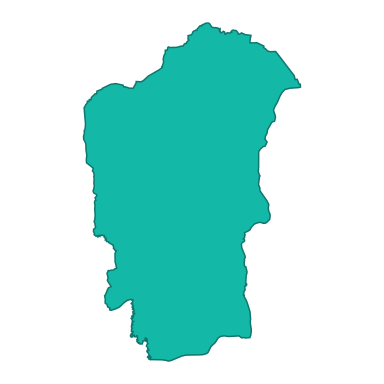 outline of Chok Chai, Nakhon Ratchasima, Thailand
{"feature_id": "78962969B33343210665646", "entity_name": "Chok Chai", "entity_type": "district", "adm_level": 2, "iso_a3": "THA", "parent_name": "Thailand", "parent_adm1": "Nakhon Ratchasima", "projection": "mercator", "projection_center": [102.192, 14.755], "detail": "fine", "context": "isolated", "style": "filled", "palette": "teal", "viewbox_px": 384, "rotation_deg": 0, "n_neighbors": 0, "source": "geoboundaries", "source_scale": "gbopen_adm2", "svg_char_len": 5936}
<svg xmlns="http://www.w3.org/2000/svg" viewBox="0 0 384 384"><path d="M294.2,75.7L275.7,51.5L270.6,51.7L268.7,51.4L267.0,50.5L265.4,48.7L263.6,47.6L263.9,46.1L257.3,42.9L256.3,42.7L254.3,42.9L249.9,42.8L250.1,39.7L251.0,35.4L244.8,34.6L244.2,34.0L243.1,33.8L241.7,32.9L238.9,34.3L237.9,33.7L237.9,32.5L236.1,30.6L233.0,30.1L232.0,30.5L231.8,31.1L231.5,31.2L231.6,32.1L231.0,31.8L230.5,32.9L229.8,33.1L227.3,32.7L226.1,33.9L225.4,34.2L224.7,33.8L224.9,32.6L224.6,32.0L223.3,31.3L222.5,32.1L221.4,32.6L220.4,32.5L220.3,31.6L219.9,31.4L220.1,30.9L219.7,30.6L219.9,29.4L220.2,29.2L220.1,28.8L219.4,29.5L219.5,28.8L218.6,28.3L215.8,27.6L212.6,27.6L211.3,26.4L209.5,23.6L208.2,23.0L205.3,23.3L204.0,24.3L202.3,24.6L201.5,26.0L200.4,25.7L199.3,26.4L198.4,27.9L197.5,28.5L196.9,30.2L195.9,30.0L195.2,30.6L193.5,31.2L192.9,31.9L192.3,33.6L191.2,34.9L188.1,35.6L188.2,37.6L187.9,38.9L188.8,40.1L186.7,42.2L186.5,43.4L184.9,43.6L184.1,44.3L183.3,45.9L179.8,46.4L178.6,47.0L175.5,47.4L169.7,47.5L168.6,47.0L168.4,47.4L167.8,47.4L167.4,50.1L165.3,50.2L165.2,53.7L164.1,55.1L163.2,59.0L163.6,62.4L162.3,66.1L161.8,66.6L162.3,67.4L159.1,69.8L148.4,76.0L143.6,80.4L141.2,81.8L136.2,81.5L136.1,83.0L133.1,88.3L128.7,88.1L127.8,87.5L125.2,87.1L125.0,86.7L123.8,86.8L123.4,86.5L123.1,85.2L115.8,83.6L110.7,84.3L102.2,88.4L102.1,89.2L97.0,91.1L96.5,93.9L95.1,93.8L91.3,97.5L91.2,99.8L89.3,99.5L88.9,101.5L87.4,101.2L87.3,102.5L86.7,103.7L85.7,104.7L85.3,105.9L84.1,107.7L85.5,124.0L85.2,127.8L84.8,130.1L84.2,130.6L84.4,133.0L83.5,136.6L83.8,139.7L85.0,141.6L85.9,144.3L86.0,150.0L86.8,155.1L86.3,159.7L86.5,162.8L93.3,168.2L92.4,170.9L93.5,172.2L94.1,174.2L94.2,175.1L93.7,176.5L94.1,177.4L93.9,183.9L94.3,185.6L93.7,189.1L93.1,190.6L93.2,191.6L93.8,193.0L95.9,194.1L96.8,195.2L96.4,196.4L95.1,197.6L95.8,200.4L94.8,201.0L94.5,202.4L95.0,205.5L94.7,209.1L95.2,215.3L94.7,220.0L94.1,221.4L95.0,223.8L95.2,225.8L95.7,226.5L94.9,228.5L93.6,229.2L93.5,231.6L94.4,233.5L94.2,234.8L96.0,236.1L96.7,235.7L97.8,236.9L98.0,236.2L99.4,236.4L98.7,235.5L99.5,235.4L100.0,235.9L100.6,235.3L101.6,235.5L101.9,235.1L102.7,235.5L103.9,235.5L103.9,236.0L104.3,236.1L104.2,236.6L104.6,236.8L104.4,237.4L105.3,238.1L105.4,238.6L106.2,238.5L105.8,239.3L105.3,239.6L105.3,240.0L106.0,239.9L106.6,241.5L108.5,241.8L108.7,242.6L109.1,242.6L110.4,243.7L111.4,244.0L112.6,245.0L113.1,245.0L113.1,245.9L113.6,246.5L113.5,248.6L114.5,249.0L114.5,249.5L115.1,250.4L116.2,250.7L115.0,253.4L115.1,261.8L116.2,265.8L116.1,266.4L116.6,268.3L114.6,269.0L113.4,270.1L110.9,270.2L109.2,270.8L108.3,270.5L107.0,273.4L108.1,277.8L107.4,280.1L107.6,281.0L111.2,286.6L108.4,287.9L107.0,290.7L106.8,291.6L105.1,295.4L104.6,295.7L105.3,299.4L105.1,301.7L105.3,303.4L107.0,304.3L107.6,306.9L109.9,308.1L109.6,309.9L111.2,310.3L115.8,308.8L119.0,307.3L120.8,305.9L123.3,303.3L127.3,300.3L127.8,300.5L128.2,300.1L130.9,299.3L131.2,299.9L132.1,300.2L132.5,299.8L132.9,299.8L132.7,301.7L131.2,303.6L131.6,303.9L132.7,304.0L132.3,305.0L133.2,305.9L132.1,307.1L132.3,307.4L133.2,307.4L132.5,309.2L132.9,309.4L133.5,309.0L134.2,310.8L134.1,311.1L133.4,311.2L132.7,311.9L133.1,313.3L134.3,313.0L134.7,313.6L134.2,314.3L133.2,314.7L133.5,315.5L131.8,316.1L131.9,317.0L133.2,317.0L133.0,317.8L131.2,318.4L132.3,319.9L132.2,321.2L133.5,321.4L132.0,322.8L131.9,323.9L132.8,324.2L132.8,324.6L132.5,325.2L131.7,325.1L131.4,326.4L131.7,328.0L132.4,328.2L131.5,329.2L131.5,331.5L131.9,331.6L132.9,331.4L133.2,332.1L131.8,333.4L131.8,333.7L132.2,333.9L131.9,334.7L131.1,334.2L130.4,335.9L131.0,336.9L131.8,337.2L132.7,336.3L133.1,335.1L134.3,335.2L134.3,336.8L135.8,336.8L136.6,335.9L137.2,335.7L137.3,337.5L137.7,338.1L136.9,339.5L138.1,340.2L137.9,340.7L136.9,340.8L136.8,341.1L137.8,342.6L138.5,342.6L138.7,343.3L139.7,343.1L139.7,343.8L140.0,344.0L142.2,344.0L142.9,342.0L142.9,341.0L143.7,340.9L145.4,339.4L145.2,338.6L145.4,337.9L146.0,338.0L146.9,339.1L146.3,339.6L145.6,341.1L146.4,341.2L147.3,340.6L147.2,342.5L147.9,343.7L147.2,344.1L146.4,346.1L147.4,347.1L147.8,347.9L147.6,349.1L148.5,349.2L148.9,350.0L148.9,350.3L148.2,350.7L147.0,350.8L146.9,351.7L148.0,352.6L148.4,353.7L149.5,355.3L147.8,356.5L147.5,357.1L147.8,357.6L148.6,357.6L149.8,356.3L150.9,357.0L150.6,357.6L150.7,358.8L150.4,358.9L149.3,358.3L148.8,358.8L148.9,359.1L149.7,359.2L150.4,359.8L151.0,359.6L161.5,359.8L165.3,360.2L168.2,361.0L169.5,360.9L171.1,360.5L181.9,356.0L186.1,355.1L201.0,354.8L203.0,354.6L205.7,353.9L207.4,353.0L208.2,352.2L210.9,346.6L215.2,342.6L218.1,338.0L220.8,336.3L224.3,335.9L228.5,336.5L239.1,335.9L241.5,337.8L244.0,337.6L245.5,338.0L249.9,337.6L250.0,336.7L250.6,335.8L251.1,332.7L251.3,329.5L250.5,324.6L250.3,321.4L250.6,318.9L250.0,311.8L247.3,303.0L245.8,299.3L245.0,298.5L244.8,297.5L244.1,296.6L244.3,295.3L243.4,295.1L243.8,293.7L244.0,291.2L244.5,291.0L245.1,289.8L244.7,286.4L245.7,286.2L245.8,284.9L246.6,285.0L246.6,283.9L245.9,283.6L245.8,282.0L246.2,275.7L246.9,273.2L247.0,271.7L245.9,266.9L244.6,266.3L244.1,262.8L244.6,260.6L244.3,259.4L245.2,257.6L245.1,256.1L241.9,248.1L241.4,244.8L241.7,243.4L242.2,242.7L244.2,241.5L244.6,240.9L244.4,239.5L243.3,238.8L244.6,237.6L244.6,235.8L245.2,234.9L244.5,233.9L244.5,232.8L244.9,232.8L245.5,232.2L247.7,231.3L249.8,230.0L251.5,227.0L254.1,224.3L256.2,223.2L259.5,222.4L261.2,222.5L263.1,223.3L265.2,223.2L266.5,222.6L269.6,219.5L270.0,217.5L270.1,214.4L268.7,211.2L268.5,209.7L268.3,207.8L268.8,204.5L267.0,200.9L260.0,190.8L259.8,187.8L258.5,184.6L259.4,177.0L260.0,175.9L259.2,174.7L258.3,171.5L258.6,167.2L258.7,151.7L260.1,149.5L261.7,147.8L263.5,146.4L264.6,146.4L265.3,145.9L267.1,142.0L265.0,139.2L265.4,136.2L267.0,133.4L267.6,129.6L271.6,122.6L272.7,121.7L274.4,121.3L274.7,120.7L275.5,117.4L275.2,115.4L273.6,110.7L273.7,109.6L274.9,106.5L277.4,102.2L279.9,96.3L282.0,92.6L284.9,89.5L290.0,88.2L298.7,87.6L300.5,87.1L300.3,84.2L299.1,84.2L297.2,79.3L295.2,79.6L294.2,75.7Z" fill="#14b8a6" stroke="#0f766e" stroke-width="1.5"/></svg>